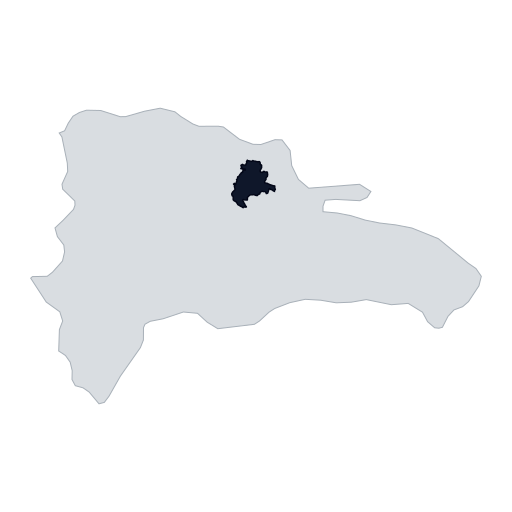 San Francisco de Macorís, Duarte, Dominican Republic shown in context
{"feature_id": "3306468B54253052941239", "entity_name": "San Francisco de Macorís", "entity_type": "district", "adm_level": 2, "iso_a3": "DOM", "parent_name": "Dominican Republic", "parent_adm1": "Duarte", "projection": "orthographic", "projection_center": [-70.214, 19.332], "detail": "fine", "context": "in_parent", "style": "filled", "palette": "ink", "viewbox_px": 512, "rotation_deg": 0, "n_neighbors": 0, "source": "geoboundaries", "source_scale": "gbopen_adm2", "svg_char_len": 6671}
<svg xmlns="http://www.w3.org/2000/svg" viewBox="0 0 512 512"><path d="M58.7,351.0L59.4,329.6L62.7,321.0L59.8,311.8L46.2,302.0L38.0,289.4L30.7,278.2L32.4,276.6L47.2,276.3L52.5,272.2L62.5,261.0L64.6,251.9L63.8,245.0L57.4,236.6L55.0,227.9L63.0,220.4L73.5,209.4L75.0,205.2L74.8,201.0L62.7,189.2L62.0,184.2L67.7,171.5L67.3,163.1L61.9,136.9L59.2,133.0L64.6,130.8L68.3,123.1L73.0,116.2L79.4,112.5L86.5,110.2L100.7,110.5L120.2,116.7L125.7,116.6L144.6,111.2L160.2,108.2L174.9,111.8L180.8,116.5L192.9,124.0L199.0,126.3L218.1,126.2L223.4,127.0L239.5,139.3L253.0,144.3L260.9,144.5L275.0,139.7L282.0,139.9L290.1,150.5L291.7,165.6L298.4,179.4L308.7,188.2L359.5,184.3L370.9,191.5L367.0,197.5L359.9,200.7L335.7,199.4L325.1,200.2L323.0,206.2L323.0,211.7L337.2,213.0L351.0,215.7L365.2,220.1L379.6,223.0L395.8,224.9L411.8,228.0L438.4,238.7L468.1,263.1L476.0,268.6L481.3,276.3L478.9,285.9L468.5,301.6L462.6,306.7L454.0,309.9L448.0,316.3L442.4,327.3L438.9,328.2L434.7,327.8L427.6,321.7L422.5,312.2L408.2,303.4L391.3,304.7L366.3,299.6L351.2,302.2L336.2,302.8L320.7,300.2L305.2,299.3L289.7,302.7L274.7,308.5L269.1,312.1L259.5,321.0L254.4,324.3L217.8,328.7L207.2,322.2L197.5,313.3L183.4,312.0L163.0,318.8L150.2,321.3L145.0,324.2L143.5,327.6L143.4,340.0L140.4,347.6L120.4,376.1L109.0,396.2L104.3,402.4L99.0,403.8L89.2,392.1L83.0,387.8L75.3,385.7L72.0,379.5L72.2,370.7L70.2,362.2L65.5,355.5L58.7,351.0Z" fill="#d9dde1" stroke="#a8b0b8" stroke-width="1"/><path d="M274.4,191.3L274.4,190.9L274.5,190.6L274.6,190.4L275.1,189.8L275.3,189.3L275.3,189.2L274.9,188.4L274.8,188.1L274.8,187.7L274.7,187.2L274.8,186.1L274.4,185.9L274.2,185.8L273.3,185.8L273.1,185.7L272.5,185.5L271.9,185.3L271.4,185.1L270.9,185.0L270.4,184.8L269.7,184.6L269.0,184.2L268.5,184.0L268.2,183.9L267.8,183.6L267.2,183.3L266.8,183.2L266.0,183.2L265.7,183.1L264.9,182.8L264.8,182.7L264.7,182.6L264.6,182.4L264.6,182.1L264.6,181.8L264.8,181.2L265.0,180.7L265.2,180.4L265.8,179.7L266.0,179.4L266.0,179.0L266.0,178.1L266.0,177.9L266.1,177.7L266.5,177.2L266.9,176.8L267.3,176.5L267.4,176.3L267.5,175.3L267.7,174.8L267.6,174.6L267.5,174.3L267.5,174.1L267.5,173.0L267.4,172.7L267.2,172.1L266.9,171.9L266.7,171.9L266.3,172.1L266.1,172.2L265.8,172.2L265.5,172.2L265.3,172.1L265.2,172.0L264.7,171.7L264.3,171.5L264.1,171.4L263.6,171.4L263.4,171.5L263.2,171.6L263.0,172.1L262.7,172.4L262.5,172.5L262.4,172.5L262.0,172.3L261.8,172.2L261.0,172.2L260.8,172.1L260.6,172.1L260.3,171.6L260.2,171.3L260.2,170.9L260.2,170.3L260.2,170.1L260.3,169.9L260.8,169.3L261.3,168.2L261.5,167.8L261.6,167.7L261.6,167.2L261.6,165.7L261.6,165.3L261.5,165.2L261.4,165.0L261.2,164.9L260.9,164.7L260.4,164.5L260.3,164.3L260.2,164.2L260.2,163.1L260.1,162.8L260.1,162.6L259.7,161.9L259.5,161.7L259.3,161.6L259.2,161.6L258.7,161.6L258.2,161.8L257.8,161.9L257.7,161.8L257.2,161.6L256.2,161.5L255.9,161.5L255.4,161.2L255.2,161.2L254.9,161.2L253.9,161.1L253.6,161.0L252.9,160.6L252.1,161.1L251.5,161.4L251.3,161.4L251.2,161.4L250.7,161.2L249.7,161.1L249.1,160.8L248.9,160.8L248.2,160.7L247.9,160.7L247.7,160.6L247.3,160.3L246.8,161.1L246.6,161.6L246.5,161.8L246.6,162.0L246.8,162.3L246.9,162.5L246.7,162.9L246.5,163.2L246.3,163.6L246.1,163.8L246.0,164.0L245.9,164.6L245.9,164.8L245.7,165.0L245.2,165.1L244.3,165.1L243.7,165.1L243.4,165.0L242.8,164.5L242.6,164.4L242.4,164.4L242.2,164.5L241.6,164.9L241.2,165.2L241.0,165.3L241.0,165.5L241.0,165.9L241.1,166.0L241.4,166.4L241.5,166.6L241.6,166.8L241.6,167.1L241.6,167.4L241.5,167.6L241.4,167.9L241.0,168.2L241.0,168.4L240.9,168.5L241.0,168.7L241.2,168.8L241.5,168.8L241.9,168.7L242.3,168.5L242.5,168.5L242.7,169.2L242.8,169.3L243.1,169.5L243.4,169.4L243.6,169.2L244.1,168.9L244.3,168.8L244.6,168.9L245.1,169.1L245.2,169.3L245.3,169.5L245.3,169.9L245.2,170.1L244.8,170.1L244.5,170.0L244.3,170.0L244.2,170.0L243.5,170.3L243.2,170.5L242.9,170.8L242.8,171.0L242.7,171.3L242.7,172.0L242.6,172.3L242.4,172.4L241.8,172.5L241.6,172.5L241.3,172.8L241.1,173.0L240.9,173.3L240.8,173.6L240.8,173.8L240.3,174.1L239.9,174.5L239.7,175.0L239.2,175.7L239.0,176.0L238.8,176.3L238.7,176.5L238.4,176.6L238.2,176.7L237.8,176.8L237.7,176.9L237.7,177.0L237.6,177.3L237.6,178.2L237.5,178.6L237.4,178.8L237.2,179.2L237.1,179.3L236.7,179.4L236.6,179.5L236.6,179.8L236.8,180.1L237.1,180.7L237.1,180.8L236.9,181.1L236.6,181.5L236.4,182.2L236.2,182.7L236.1,183.3L235.9,183.8L235.8,184.2L235.7,184.3L235.4,184.4L235.2,184.3L235.0,184.0L234.7,183.5L234.5,183.4L234.3,183.4L234.1,183.6L233.6,184.1L233.7,184.3L233.8,184.5L234.4,185.0L234.6,185.2L234.6,185.3L234.7,185.5L234.6,185.9L234.4,186.3L234.4,186.6L234.6,187.1L234.7,188.0L235.0,188.6L235.0,188.9L235.1,189.1L235.0,189.4L235.0,189.6L234.8,189.9L233.9,190.8L233.5,191.3L233.0,191.7L232.8,191.9L232.6,192.1L232.2,192.9L231.8,193.6L231.8,194.0L231.8,194.6L232.0,195.1L232.1,195.6L232.2,195.8L232.3,195.9L232.5,196.0L233.0,196.2L233.1,196.3L233.2,196.6L233.2,196.9L233.2,199.5L233.3,199.9L233.6,200.2L234.0,200.6L234.2,200.8L235.4,201.4L236.0,201.9L236.5,202.1L236.6,202.3L236.8,202.5L236.9,203.0L237.0,203.2L237.5,203.9L237.7,204.3L237.8,204.5L238.0,204.7L238.2,204.8L238.3,204.9L239.1,205.3L239.6,205.5L239.9,205.8L240.1,206.0L240.9,206.4L241.4,206.5L241.6,206.6L241.9,206.8L242.4,207.3L242.6,207.4L242.8,207.5L243.1,207.6L243.2,207.4L243.3,207.3L243.5,207.2L243.9,206.8L244.0,206.7L244.3,206.6L244.7,207.0L244.8,207.1L245.1,207.2L245.6,207.0L246.0,206.9L246.3,206.9L246.3,206.6L246.2,206.4L245.7,206.0L245.3,205.5L245.2,205.1L244.9,204.7L244.8,204.3L244.6,203.9L244.4,203.6L243.9,202.9L243.8,202.7L243.7,202.2L243.2,201.4L242.8,200.7L242.7,200.4L242.7,200.2L242.7,199.9L242.8,199.8L242.9,199.7L243.1,199.6L243.3,199.5L243.8,199.6L244.3,199.8L244.6,199.9L246.8,200.0L247.1,199.9L247.3,199.9L247.4,199.5L247.4,197.8L247.5,197.4L247.6,197.2L248.0,196.8L249.1,195.7L249.4,195.4L249.6,195.2L250.4,194.9L250.6,194.8L252.9,194.8L253.2,194.7L253.6,194.6L253.9,194.6L254.1,194.6L255.2,195.2L256.4,195.5L256.6,195.4L256.8,195.4L257.0,195.5L257.3,195.5L257.5,195.3L257.7,195.1L257.9,194.9L258.1,194.5L258.2,194.4L258.3,194.3L258.6,194.2L259.3,194.1L259.5,194.0L259.7,193.9L259.8,193.7L259.9,193.2L260.2,192.4L260.4,192.2L260.6,192.0L261.2,191.7L262.0,191.3L262.4,191.3L262.6,191.3L263.1,191.5L263.5,191.6L264.0,191.6L265.1,191.6L265.3,191.6L265.5,191.7L265.6,191.9L265.8,192.4L266.0,192.7L266.1,193.1L266.3,193.5L266.8,193.5L267.1,193.4L267.6,193.1L267.8,192.9L267.9,192.4L268.1,192.0L268.3,191.3L268.5,190.8L268.6,190.2L268.8,189.8L269.0,189.1L269.2,188.8L269.3,188.8L269.5,188.7L269.9,188.8L270.0,188.9L270.2,189.2L270.4,189.3L270.5,189.4L271.1,189.5L271.5,189.7L272.0,189.8L272.3,189.9L272.5,190.1L273.0,190.6L273.3,190.8L274.1,191.2L274.4,191.3Z" fill="#0f172a" stroke="#020617" stroke-width="1.5"/></svg>